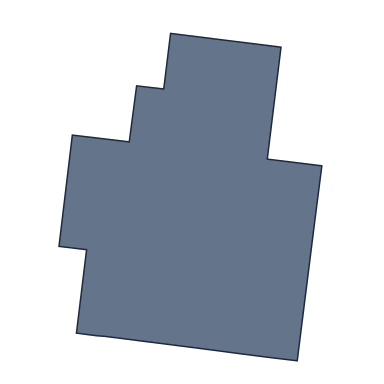 outline of Okmulgee, Oklahoma, United States of America, rotated 187°
{"feature_id": "52423323B23150098566474", "entity_name": "Okmulgee", "entity_type": "district", "adm_level": 2, "iso_a3": "USA", "parent_name": "United States of America", "parent_adm1": "Oklahoma", "projection": "albers", "projection_center": [-95.947, 35.617], "detail": "fine", "context": "isolated", "style": "filled", "palette": "slate", "viewbox_px": 384, "rotation_deg": 187, "n_neighbors": 0, "source": "geoboundaries", "source_scale": "gbopen_adm2", "svg_char_len": 423}
<svg xmlns="http://www.w3.org/2000/svg" viewBox="0 0 384 384"><g transform="rotate(187 192 192)"><path d="M177.1,346.7L187.9,346.7L232.6,346.8L232.6,290.8L259.9,290.6L260.4,234.1L317.7,233.9L317.4,121.8L289.6,121.9L289.5,37.8L268.9,37.7L261.4,38.1L215.3,37.9L150.1,37.6L122.5,37.3L93.5,37.2L67.0,37.3L66.6,177.7L66.3,233.8L121.3,233.8L121.3,346.6L177.1,346.7Z" fill="#64748b" stroke="#1e293b" stroke-width="1.5"/></g></svg>